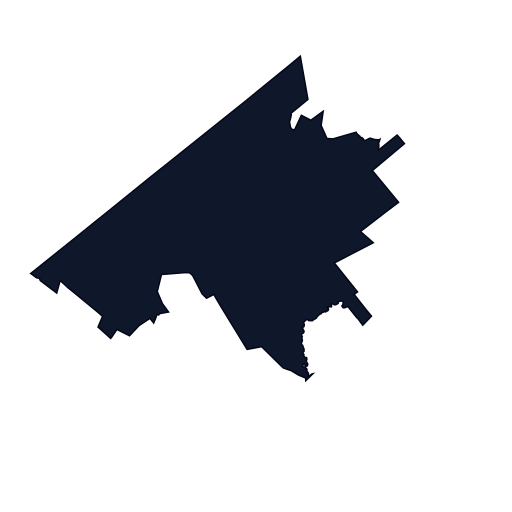 the district of Agua Prieta, Sonora, Mexico, rotated 321°
{"feature_id": "50627088B23353633303984", "entity_name": "Agua Prieta", "entity_type": "district", "adm_level": 2, "iso_a3": "MEX", "parent_name": "Mexico", "parent_adm1": "Sonora", "projection": "orthographic", "projection_center": [-109.212, 31.022], "detail": "fine", "context": "isolated", "style": "filled", "palette": "ink", "viewbox_px": 512, "rotation_deg": 321, "n_neighbors": 0, "source": "geoboundaries", "source_scale": "gbopen_adm2", "svg_char_len": 5723}
<svg xmlns="http://www.w3.org/2000/svg" viewBox="0 0 512 512"><g transform="rotate(321 256 256)"><path d="M416.2,128.6L400.7,128.8L390.2,128.8L362.9,128.9L345.9,129.0L277.4,128.6L221.7,128.2L164.9,128.2L163.5,128.2L152.4,128.1L129.7,128.1L69.9,127.8L71.7,134.8L73.6,136.9L72.9,139.4L77.8,159.4L88.4,151.8L89.9,162.3L91.6,170.2L97.5,199.1L98.8,206.5L97.5,207.0L88.5,211.8L88.9,214.0L91.2,228.6L93.1,228.2L99.0,226.4L101.7,225.6L107.5,238.4L121.3,236.5L134.3,237.7L134.3,243.7L138.6,241.4L142.2,239.1L143.2,240.6L144.5,240.2L145.3,240.4L152.8,244.5L153.3,234.1L156.9,221.5L170.9,210.9L190.0,224.0L193.8,227.2L194.5,231.2L191.6,245.2L190.3,251.4L191.0,257.7L199.0,259.3L197.1,271.6L190.3,323.0L203.3,330.0L206.7,360.1L211.2,367.3L214.1,375.3L217.8,382.1L216.2,384.2L226.1,383.3L225.3,382.9L224.7,382.8L223.4,382.8L222.8,383.0L221.2,382.6L221.2,382.4L221.4,382.1L221.6,381.8L222.1,381.3L222.3,381.0L222.5,380.8L222.7,380.6L222.7,380.3L222.9,379.8L223.0,379.6L222.9,379.0L223.1,378.7L222.9,377.9L222.9,377.7L223.1,377.5L223.2,377.1L223.4,377.0L223.7,376.7L224.0,376.6L224.1,376.4L224.3,376.1L224.4,375.1L224.2,374.8L224.1,374.6L223.9,374.3L224.0,374.1L223.7,372.9L223.4,372.4L223.0,371.7L223.0,371.1L223.2,370.9L223.4,370.8L223.5,370.6L223.7,370.4L223.8,370.4L224.0,370.2L224.4,369.8L224.5,369.7L224.6,369.8L225.1,369.8L225.2,370.1L225.3,370.3L225.6,371.2L225.6,371.3L225.4,371.5L225.3,371.8L225.1,372.3L224.9,372.6L224.9,372.9L225.1,373.1L225.4,373.4L226.2,373.6L226.6,373.6L227.1,373.5L227.2,373.4L227.7,373.1L227.9,372.8L227.9,372.7L228.2,372.0L228.4,372.0L228.4,371.9L228.5,370.9L228.6,370.4L228.6,370.1L228.7,369.9L229.0,369.5L229.5,368.9L229.8,368.5L230.0,368.5L230.2,368.4L230.4,368.4L230.6,368.2L231.0,367.6L231.3,367.0L231.3,366.7L231.2,366.5L230.4,365.8L230.2,365.6L230.1,365.0L230.1,364.8L230.2,364.6L230.1,364.4L230.2,364.0L230.8,363.1L231.1,362.9L231.1,362.7L231.3,362.4L231.2,362.1L231.2,361.6L231.5,360.9L231.7,360.6L232.3,360.4L232.5,360.2L233.3,360.3L233.8,359.9L234.2,359.2L234.9,358.3L235.0,358.1L234.9,357.8L235.0,357.5L235.3,356.5L235.5,356.3L235.6,355.8L235.7,355.4L235.8,355.2L236.0,354.9L236.1,354.7L235.8,354.2L235.6,354.0L235.6,353.9L235.8,353.3L235.9,353.0L236.3,352.5L237.0,352.0L237.3,351.7L237.5,351.6L237.8,351.6L238.2,351.4L238.7,351.0L239.0,350.6L239.3,350.2L239.2,350.1L239.0,349.9L239.0,349.7L239.6,348.9L240.1,348.8L240.3,348.6L240.5,348.2L240.8,347.9L241.1,347.8L241.3,347.7L241.4,347.1L241.5,346.7L241.7,346.2L241.9,345.9L242.0,345.8L242.1,345.6L242.1,345.3L242.1,345.2L242.4,345.1L242.6,345.2L243.1,345.3L243.6,345.6L244.3,345.6L244.5,345.6L245.0,345.5L245.4,345.2L245.7,345.0L245.8,344.9L246.2,344.2L246.2,343.9L246.3,343.1L246.6,342.1L246.6,341.9L246.7,341.6L246.7,341.2L246.8,341.1L247.1,340.9L247.2,340.6L247.3,340.5L247.8,340.7L248.1,341.0L248.3,341.1L248.6,341.1L248.8,341.0L249.0,340.9L249.8,340.3L250.5,339.5L250.8,338.6L250.8,338.2L251.2,337.7L251.4,337.6L251.8,337.4L252.3,337.3L252.6,337.4L253.3,337.3L253.8,337.2L254.3,337.2L254.7,337.2L255.8,337.6L256.0,337.9L256.3,338.5L256.3,338.8L256.3,339.3L256.4,339.6L257.2,340.0L257.7,340.6L257.8,340.8L258.2,341.0L258.7,341.5L259.2,341.8L259.8,341.9L260.4,341.7L261.0,341.7L262.9,342.2L263.6,342.2L264.4,342.1L264.8,341.8L265.3,341.6L266.4,341.6L266.8,341.3L267.3,341.3L267.6,341.4L269.5,341.5L270.5,341.9L270.9,341.7L271.5,341.4L271.9,341.4L272.2,341.5L272.4,341.8L272.7,342.0L273.6,342.2L273.8,342.3L274.0,342.2L274.4,342.4L274.6,342.6L275.0,342.8L275.1,343.1L275.1,343.3L275.4,343.2L276.1,343.2L276.6,343.6L277.3,343.7L277.7,343.7L278.0,343.6L278.3,343.4L278.6,343.1L278.9,343.0L278.9,342.9L278.9,342.7L279.2,342.1L279.2,341.7L279.1,341.3L278.9,341.0L278.9,340.8L279.2,340.6L279.4,340.5L279.6,340.7L280.1,341.2L280.7,341.5L281.2,341.7L281.7,342.0L281.9,342.2L282.0,342.5L282.3,342.9L282.5,342.9L282.8,342.9L283.0,342.8L283.3,342.3L283.4,342.0L283.7,341.6L284.0,341.2L284.2,341.3L284.6,341.3L285.3,341.2L285.4,341.3L285.7,341.7L286.0,341.9L286.0,342.0L285.9,342.4L285.9,342.5L286.0,342.9L286.4,343.5L286.6,343.7L287.6,344.1L289.5,344.5L290.1,344.5L290.2,344.4L290.3,344.3L290.3,343.8L290.3,343.6L290.7,343.1L290.8,343.1L291.0,343.1L291.5,343.5L292.2,343.8L292.5,343.8L292.8,343.9L293.2,344.3L293.8,344.5L294.3,344.9L294.4,345.2L294.5,345.6L294.7,346.1L294.9,346.3L294.9,346.5L294.7,346.9L294.1,347.4L293.8,347.6L293.5,348.0L293.2,348.3L292.6,348.5L291.7,348.8L291.4,348.8L291.2,349.0L291.3,350.3L291.1,350.5L291.1,350.8L291.2,351.1L291.3,351.3L291.5,351.4L292.4,352.1L292.5,352.2L293.0,352.0L293.5,352.3L294.2,352.6L294.6,352.8L295.0,352.9L295.6,352.9L295.5,367.3L295.8,368.3L295.4,377.0L307.9,375.4L307.8,367.3L308.1,347.6L312.3,347.8L312.5,310.7L331.3,314.5L355.5,319.5L352.6,302.7L386.3,303.5L400.6,304.0L400.2,262.8L442.1,262.1L442.0,254.5L441.8,250.8L433.3,250.8L428.4,250.8L417.9,250.8L418.8,249.7L419.1,249.3L419.7,248.9L421.0,247.5L422.2,245.5L422.3,245.4L422.8,245.2L423.3,244.9L424.4,244.2L425.1,243.8L425.3,243.6L425.6,243.5L425.8,243.3L425.5,243.3L425.1,243.2L424.2,242.7L423.2,241.7L422.8,241.3L422.2,240.9L420.7,239.0L420.1,238.1L419.7,237.4L419.3,236.8L418.6,236.1L417.9,235.9L417.4,235.8L416.4,235.6L413.9,235.1L413.7,234.9L413.4,234.7L413.1,234.6L412.9,234.1L412.9,233.9L412.9,233.0L413.1,232.6L412.9,231.2L412.8,230.7L412.7,230.6L412.5,230.4L411.9,229.0L411.9,228.6L412.1,228.1L411.9,227.9L411.8,227.4L411.6,226.9L411.8,226.7L411.6,226.1L411.5,225.7L411.5,225.0L411.5,223.8L411.6,223.3L411.7,222.8L389.5,213.4L385.1,209.3L388.8,195.5L399.3,185.8L384.1,185.0L379.8,175.2L365.9,182.0L365.6,182.0L365.0,181.7L364.1,180.9L363.8,180.4L363.7,179.7L363.8,177.6L366.6,172.7L366.8,172.6L368.3,171.7L369.1,171.1L372.4,168.4L373.0,167.1L394.9,167.0L416.2,128.6Z" fill="#0f172a" stroke="#020617" stroke-width="1.5"/></g></svg>